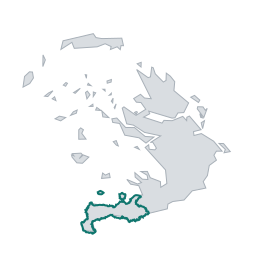 location of Anatolikis Makedonias kai Thr*, Anatoliki Makedonia kai Thraki, Greece, rotated 171°
{"feature_id": "26713481B84884565940454", "entity_name": "Anatolikis Makedonias kai Thr*", "entity_type": "district", "adm_level": 2, "iso_a3": "GRC", "parent_name": "Greece", "parent_adm1": "Anatoliki Makedonia kai Thraki", "projection": "mercator", "projection_center": [25.319, 41.071], "detail": "fine", "context": "in_parent", "style": "outline", "palette": "teal", "viewbox_px": 256, "rotation_deg": 171, "n_neighbors": 0, "source": "geoboundaries", "source_scale": "gbopen_adm2", "svg_char_len": 9085}
<svg xmlns="http://www.w3.org/2000/svg" viewBox="0 0 256 256"><g transform="rotate(171 128 128)"><path d="M176.7,30.7L187.9,33.9L188.9,39.9L182.2,44.8L182.8,52.1L177.2,59.5L154.4,52.2L147.4,56.3L140.2,53.6L131.2,60.3L124.0,59.6L126.4,69.4L134.2,72.1L137.2,77.4L127.4,71.2L123.2,72.0L128.6,78.4L128.2,82.8L121.8,75.2L116.4,74.0L116.5,78.4L122.0,83.0L115.7,82.1L113.8,75.4L104.4,70.0L104.9,64.3L98.3,67.1L97.5,80.7L114.1,106.1L110.2,108.2L110.4,103.7L104.9,102.2L103.1,103.6L104.1,106.2L105.9,110.3L108.2,110.1L96.9,115.1L112.4,121.1L122.2,130.0L128.6,132.3L130.6,148.5L128.7,149.5L118.1,139.2L107.5,143.7L111.2,151.1L115.7,152.2L117.8,156.2L110.4,159.3L107.0,155.0L100.5,153.3L110.3,184.4L100.3,174.6L97.8,175.0L95.1,184.4L93.7,183.6L92.6,177.2L85.9,167.9L83.0,169.0L81.6,176.2L78.1,172.6L74.6,166.5L76.8,157.7L64.2,143.3L70.5,134.5L76.3,135.1L80.1,130.7L83.0,130.9L104.9,141.4L104.3,138.7L110.9,136.3L93.6,127.5L91.3,129.9L83.2,128.3L72.1,130.9L68.9,126.1L68.2,129.4L65.5,130.2L56.1,114.9L63.9,114.2L64.0,110.3L56.4,111.0L45.5,101.6L38.7,90.4L44.3,91.3L47.4,87.7L45.7,82.4L53.6,78.3L57.0,68.6L62.1,63.3L60.5,56.5L74.4,55.9L83.9,48.1L95.2,48.4L100.5,46.6L101.8,42.0L121.1,40.4L130.7,36.1L141.1,35.3L146.9,41.3L157.7,44.7L173.0,42.6L177.8,40.4L176.7,30.7ZM126.0,209.9L133.1,208.3L131.9,211.1L137.4,214.8L145.7,213.0L168.6,215.1L170.0,221.4L182.0,216.1L178.5,224.3L147.5,226.6L145.5,222.3L139.9,220.4L120.1,217.7L119.6,210.0L122.0,210.5L123.4,206.6L126.0,209.9ZM112.6,110.3L118.6,116.6L132.3,121.4L135.6,133.8L142.2,135.9L142.5,139.6L137.5,139.6L130.3,128.9L121.5,127.4L112.4,117.0L103.8,115.0L112.6,110.3ZM184.0,101.6L187.8,108.0L188.0,110.3L185.8,109.0L187.1,111.4L178.4,110.5L177.2,108.8L180.9,105.4L176.4,108.4L171.2,105.4L178.5,100.3L184.0,101.6ZM216.5,198.9L213.6,198.2L213.6,192.2L218.1,187.3L225.3,184.8L222.1,195.1L216.5,198.9ZM176.9,133.9L174.7,135.5L172.3,133.2L174.5,130.0L171.2,123.6L178.4,124.6L176.9,133.9ZM51.5,126.5L56.6,136.1L55.9,138.1L50.6,137.1L48.9,133.4L46.7,135.0L51.5,126.5ZM40.5,98.5L36.1,97.7L30.7,88.7L37.0,88.5L35.2,91.6L40.5,98.5ZM162.0,82.3L160.1,87.5L157.7,85.0L153.5,86.2L153.4,81.8L162.0,82.3ZM193.4,145.6L198.6,148.5L193.9,150.4L187.9,148.1L193.4,145.6ZM146.9,63.5L144.0,64.6L141.1,61.4L145.7,58.4L146.9,63.5ZM54.4,142.2L61.2,148.6L57.2,149.8L52.7,144.3L54.4,142.2ZM164.4,169.7L162.4,170.8L160.3,166.8L164.0,163.2L164.4,169.7ZM151.1,142.9L151.2,149.0L145.3,141.3L151.1,142.9ZM202.5,202.0L200.5,213.5L199.0,208.2L202.5,202.0ZM54.9,121.7L51.3,123.3L54.4,115.7L54.9,121.7ZM108.9,190.0L104.7,190.8L105.6,186.2L108.9,190.0ZM196.3,176.5L202.3,171.6L205.4,172.5L200.8,175.1L196.3,176.5ZM175.4,153.7L176.7,150.7L182.7,149.5L179.4,152.6L175.4,153.7ZM157.4,164.5L156.6,169.0L154.4,167.8L157.4,164.5ZM157.2,150.8L155.6,153.2L152.0,149.5L157.2,150.8ZM144.7,116.8L141.6,117.4L140.4,111.8L142.2,112.9L144.7,116.8ZM167.6,69.2L165.0,69.9L162.2,67.5L164.9,66.5L167.6,69.2ZM141.5,175.5L141.4,177.7L136.8,178.5L137.5,176.0L141.5,175.5ZM176.2,171.5L168.9,174.7L174.7,170.5L176.2,171.5ZM138.5,150.3L135.9,153.7L138.0,149.3L138.5,150.3ZM162.6,155.3L159.0,157.0L159.1,154.8L162.6,155.3ZM185.2,180.5L182.2,182.6L180.8,181.6L183.1,179.0L185.2,180.5ZM198.3,168.7L195.6,170.3L194.9,166.3L198.3,168.7ZM140.3,157.1L138.0,159.8L139.2,155.2L140.3,157.1ZM54.6,127.2L54.8,131.0L52.8,126.3L54.6,127.2ZM161.3,176.8L160.3,178.4L157.9,175.6L161.3,176.8ZM124.4,107.9L121.8,108.4L120.2,105.1L124.4,107.9ZM119.2,142.3L117.3,143.0L116.2,142.2L117.7,140.4L119.2,142.3ZM141.4,163.3L139.0,165.0L139.4,163.4L141.4,163.3ZM161.3,183.6L161.9,187.4L160.5,186.9L161.3,183.6ZM146.7,170.2L144.7,169.9L144.8,168.1L146.7,170.2Z" fill="#d9dde1" stroke="#a8b0b8" stroke-width="1"/><path d="M126.4,58.6L127.4,59.3L128.9,60.0L130.5,60.4L131.3,60.4L132.7,59.8L133.8,58.9L135.8,57.7L137.0,57.3L136.9,57.1L136.5,57.3L136.3,57.1L136.4,56.6L136.6,56.5L136.9,56.6L137.0,56.3L136.9,56.2L136.5,56.0L136.6,55.7L136.9,55.5L137.2,55.0L138.0,54.7L138.3,54.0L138.7,54.0L138.8,54.1L139.1,53.7L139.9,53.7L140.1,53.5L140.9,53.3L141.9,53.4L142.2,54.2L142.6,54.8L143.2,55.4L143.6,56.3L144.5,55.8L145.2,56.0L145.3,56.3L145.0,56.3L145.6,56.5L146.7,56.2L147.5,56.6L148.1,55.9L149.3,54.7L150.7,54.1L151.3,54.0L151.8,54.1L152.0,53.3L152.1,53.1L153.4,52.0L154.2,51.8L155.0,52.0L155.2,52.7L154.9,53.1L155.0,53.3L155.8,53.5L156.0,53.8L156.9,53.8L157.7,53.9L158.1,54.3L158.2,54.0L158.5,54.0L158.8,53.7L159.7,53.8L160.2,53.9L160.7,54.7L162.4,55.1L163.6,55.6L163.6,55.8L164.6,56.2L165.4,55.9L168.1,56.6L170.5,56.5L172.0,56.8L172.7,56.6L173.7,56.8L174.2,57.1L174.7,57.6L174.9,58.2L175.3,58.2L175.6,59.0L175.5,59.4L175.5,59.6L175.4,59.9L175.5,60.1L176.5,60.2L177.6,59.7L177.7,59.4L177.6,58.8L178.2,57.8L179.3,57.3L179.4,57.1L179.7,56.9L179.6,56.6L179.4,56.6L179.4,56.1L179.8,56.0L179.8,55.3L179.9,55.5L180.0,55.8L180.0,55.5L180.4,55.6L180.5,54.9L180.7,54.6L180.7,54.9L181.0,55.2L181.3,55.2L181.5,54.9L181.2,54.3L181.2,54.1L181.7,54.1L182.2,53.7L182.9,53.6L182.8,53.3L182.1,52.5L182.2,52.3L182.7,52.1L183.1,51.4L182.2,50.7L182.2,50.4L181.8,49.8L181.8,49.5L182.3,49.1L182.3,48.8L182.2,48.7L181.6,48.7L181.7,48.4L182.0,48.2L182.3,47.6L181.7,46.9L181.8,46.6L182.1,46.3L182.0,45.8L182.2,45.1L181.9,44.9L182.0,44.6L182.3,44.2L183.2,44.5L183.9,44.3L184.8,43.5L185.3,43.4L185.3,42.9L185.8,42.7L186.0,42.5L186.1,42.1L186.5,42.0L186.7,41.7L187.3,41.9L187.8,42.3L188.2,42.3L189.0,41.6L189.1,40.4L189.0,39.5L188.6,39.2L188.6,38.1L188.4,37.6L188.4,36.9L188.2,36.0L188.4,35.5L188.1,35.1L188.3,34.5L188.2,34.2L188.3,33.9L188.1,33.6L187.6,33.6L186.7,33.2L185.8,32.3L186.0,32.0L185.8,31.7L185.4,31.8L184.8,31.3L184.4,31.4L183.6,31.2L183.4,31.1L183.1,30.6L182.2,30.4L181.8,30.6L181.2,30.5L180.4,30.2L180.0,29.6L179.6,29.9L179.1,29.8L178.7,29.6L178.7,29.4L177.5,29.9L177.2,30.5L176.6,30.4L176.3,30.7L176.1,31.1L176.3,31.6L176.2,32.0L176.5,32.6L176.8,32.6L176.9,33.1L177.4,33.1L177.9,32.9L177.9,33.5L178.2,33.7L178.1,35.3L178.7,35.3L178.8,35.7L178.9,36.4L178.6,36.8L178.6,37.2L178.3,37.3L178.2,37.5L178.3,37.8L178.7,38.1L179.2,38.7L178.7,38.9L178.3,39.3L178.4,39.7L178.3,40.1L178.1,40.7L177.8,40.7L177.8,41.0L177.7,41.3L177.0,41.3L176.8,41.4L176.8,41.6L176.7,41.6L175.5,41.5L175.0,41.6L174.7,42.2L174.1,42.4L173.4,42.3L172.5,42.8L172.2,42.8L171.8,42.6L171.8,42.1L171.4,42.1L171.2,41.8L170.7,41.5L170.6,41.8L170.0,42.0L169.7,42.3L169.3,42.2L169.0,42.4L168.3,42.5L168.3,43.2L168.2,43.2L166.9,42.5L166.0,42.8L164.7,42.4L164.4,42.8L164.1,43.6L163.8,43.5L163.4,43.4L162.8,43.4L161.9,43.7L161.8,44.0L160.8,44.3L160.4,44.2L159.6,44.7L158.8,44.6L158.4,44.9L158.0,44.6L157.3,44.6L157.4,44.3L157.0,43.5L156.2,43.0L156.1,42.7L155.0,42.2L154.9,42.0L154.9,41.7L154.6,41.7L154.3,41.9L153.8,41.7L153.3,41.1L151.5,40.7L151.0,40.3L150.7,40.3L150.1,39.7L149.7,39.8L149.3,40.2L149.1,40.2L148.7,40.0L148.0,39.9L148.0,40.3L147.9,41.3L147.8,41.5L147.6,41.6L147.3,41.2L146.8,41.0L146.3,40.4L145.9,39.5L145.5,39.3L145.1,39.4L144.8,39.2L144.3,39.5L144.2,39.4L144.4,39.0L144.1,38.9L143.3,39.2L142.9,38.7L143.0,38.3L142.9,37.9L142.4,37.6L142.1,36.9L142.2,36.5L141.8,35.7L141.9,35.4L141.3,34.9L140.9,35.1L140.3,35.2L139.9,35.6L139.9,36.1L139.6,36.3L139.3,36.1L138.8,36.0L138.6,35.8L138.4,35.7L138.1,35.9L137.6,36.4L137.1,36.1L136.3,36.6L136.1,36.2L136.2,35.8L135.9,35.4L135.5,35.1L135.6,34.9L135.3,34.7L134.5,35.5L134.1,35.4L134.1,35.6L133.8,36.0L133.8,36.3L133.5,36.5L133.3,36.4L133.0,35.8L132.4,35.9L132.3,35.7L131.9,35.7L131.7,35.4L131.2,35.6L131.1,36.0L130.7,36.2L130.9,36.9L130.8,37.4L131.0,37.9L130.4,38.4L129.9,38.3L129.8,37.9L129.6,38.2L128.7,38.8L128.1,38.4L128.1,38.1L127.4,37.5L127.3,38.2L126.9,38.4L126.7,38.3L126.4,38.5L126.1,38.4L125.6,38.8L124.9,38.8L124.6,39.4L124.1,40.0L123.8,39.8L122.5,39.8L122.0,39.6L121.4,40.1L121.4,40.5L121.1,40.7L120.9,40.7L120.9,41.0L120.8,41.3L121.0,41.6L121.1,42.3L121.5,42.5L122.7,42.6L123.0,42.9L123.1,43.3L122.7,43.6L122.5,44.4L122.8,44.8L122.7,45.2L122.9,45.5L123.2,45.5L123.1,45.8L123.1,46.2L123.4,46.3L123.7,46.2L124.1,46.7L124.3,47.1L124.7,47.3L124.9,47.7L125.2,47.7L125.8,48.1L126.2,48.1L127.0,48.8L127.4,48.8L127.6,49.1L127.7,49.4L128.3,49.4L128.7,48.8L129.2,48.6L129.4,49.0L129.6,49.0L130.0,49.4L130.3,49.7L130.1,49.9L130.2,50.5L130.5,50.5L130.5,50.8L130.8,51.0L131.2,51.1L131.5,51.5L132.1,51.8L132.0,52.2L131.7,52.7L132.0,53.3L131.4,53.9L131.7,54.4L131.6,54.6L131.4,54.6L131.1,54.3L130.7,54.5L130.9,55.1L130.3,55.1L130.0,55.3L130.0,55.5L129.2,56.1L129.1,56.5L128.8,56.6L128.5,57.1L128.2,57.2L127.9,57.4L126.9,57.5L126.8,57.8L126.2,58.0L126.5,58.5L126.4,58.6ZM144.5,58.5L144.1,58.0L143.0,58.7L142.6,59.2L142.1,59.1L142.0,59.8L141.5,60.6L141.3,61.1L141.3,61.4L141.0,62.1L141.0,62.7L141.3,62.9L141.4,63.2L142.4,63.2L142.8,63.4L143.1,63.7L143.4,64.4L143.9,64.5L144.0,64.8L144.4,64.8L145.2,64.1L146.2,63.9L146.5,63.5L146.9,63.8L147.0,63.4L146.7,61.8L147.1,61.4L147.0,60.9L146.6,60.8L146.6,60.4L146.7,60.0L147.1,60.1L147.2,59.9L146.9,59.6L146.5,59.6L146.1,59.3L145.9,59.0L145.9,58.7L145.7,58.5L145.1,58.7L144.5,58.5ZM164.9,66.7L164.0,66.8L163.4,67.1L162.7,67.7L162.3,67.9L162.5,68.2L163.6,69.2L164.3,69.5L164.8,70.1L165.7,70.1L167.9,69.3L167.8,68.9L167.9,68.0L167.0,67.2L164.9,66.7Z" fill="none" stroke="#0f766e" stroke-width="2"/></g></svg>